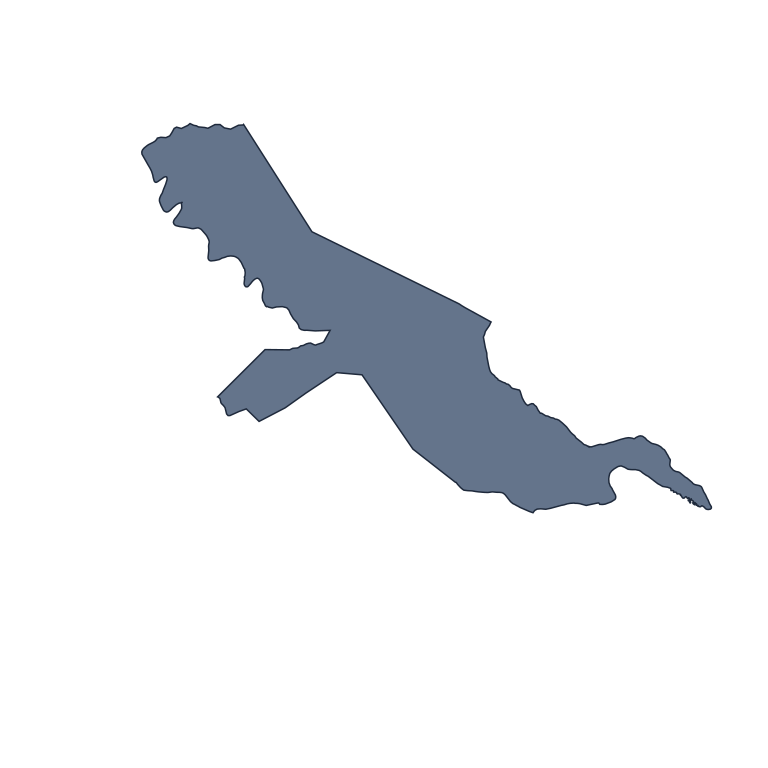 the district of Mamiku, Praslin, Saint Lucia, rotated 38°
{"feature_id": "8701671B59649153426200", "entity_name": "Mamiku", "entity_type": "district", "adm_level": 2, "iso_a3": "LCA", "parent_name": "Saint Lucia", "parent_adm1": "Praslin", "projection": "natural_earth1", "projection_center": [-60.895, 13.866], "detail": "fine", "context": "isolated", "style": "filled", "palette": "slate", "viewbox_px": 768, "rotation_deg": 38, "n_neighbors": 0, "source": "geoboundaries", "source_scale": "gbopen_adm2", "svg_char_len": 6092}
<svg xmlns="http://www.w3.org/2000/svg" viewBox="0 0 768 768"><g transform="rotate(38 384 384)"><path d="M394.0,274.6L233.5,308.4L113.5,265.9L113.5,266.6L110.0,269.7L106.2,277.6L100.5,280.5L95.1,280.5L91.1,283.6L87.8,290.9L84.9,292.2L79.4,295.7L77.3,296.0L74.8,297.3L70.8,298.2L70.2,301.0L67.0,307.4L62.4,309.3L61.3,311.8L62.1,316.6L62.4,320.4L60.5,324.1L56.2,327.0L54.0,329.8L54.2,330.8L54.2,332.4L54.0,333.8L53.3,335.7L51.1,340.3L50.6,341.8L49.7,345.7L49.6,348.0L49.8,349.0L50.3,350.3L51.8,351.9L63.2,356.6L67.0,358.1L69.9,359.5L73.1,361.7L74.9,363.3L77.9,365.5L78.9,365.8L79.4,365.8L80.2,365.5L80.6,364.9L81.1,363.9L83.4,356.2L84.5,354.9L85.3,354.7L85.8,355.0L86.8,355.9L87.4,357.0L88.9,360.9L90.4,366.2L91.8,370.4L91.9,372.1L92.5,374.6L93.1,376.3L94.3,378.0L95.7,379.0L98.5,380.7L102.8,382.7L103.9,383.0L105.2,382.9L106.6,382.5L107.6,381.5L108.0,380.8L108.6,378.6L109.0,375.2L110.0,370.4L111.1,367.8L112.1,366.6L112.7,366.3L113.1,364.6L113.1,366.4L114.5,367.7L115.5,368.9L116.4,370.1L116.8,371.4L117.4,375.5L117.6,380.1L117.5,383.0L117.8,384.7L118.4,386.2L119.8,387.2L121.8,387.5L122.8,387.2L126.1,385.7L132.6,381.9L137.2,379.7L138.4,378.7L140.8,375.9L141.6,375.3L144.3,374.7L146.0,374.9L151.7,376.0L153.4,376.5L156.4,377.9L158.3,379.1L159.3,380.4L159.9,381.8L160.9,383.4L163.8,386.8L167.3,392.4L168.3,393.5L169.5,394.0L170.2,394.1L171.1,393.9L171.9,393.5L174.6,390.9L177.6,387.3L178.9,384.4L180.5,382.3L181.9,379.9L184.3,377.5L186.8,375.9L188.5,375.2L191.6,374.8L193.0,375.0L196.7,376.1L202.4,379.0L203.3,379.1L206.1,381.7L207.8,384.3L208.1,385.7L209.2,386.6L211.4,390.2L212.2,391.3L213.6,392.2L215.0,392.5L216.0,392.0L216.5,391.5L216.8,390.9L217.1,387.3L217.1,384.1L217.4,382.1L217.8,380.6L218.4,379.4L219.1,378.6L219.8,378.3L221.2,378.2L223.6,378.9L225.7,379.8L230.3,383.2L231.0,384.0L232.6,387.5L233.6,389.1L235.0,391.0L236.1,392.0L237.0,392.8L240.2,394.2L242.5,395.4L243.9,395.4L244.2,394.8L246.0,394.4L249.2,392.9L251.9,389.4L256.3,385.6L260.4,383.8L263.5,384.3L267.2,386.3L272.3,388.3L276.9,389.0L280.1,390.1L282.8,392.1L285.3,392.1L288.1,390.8L290.2,389.1L297.1,384.5L308.5,374.9L310.6,388.0L309.6,390.1L306.8,394.2L306.2,395.4L304.8,396.1L301.0,396.9L299.5,398.3L298.1,400.2L296.7,403.3L294.9,405.2L294.2,407.8L293.6,408.9L290.1,412.1L288.6,415.2L269.1,430.1L260.8,496.6L261.5,496.4L263.6,496.4L267.1,499.2L268.7,499.6L270.7,499.8L273.3,500.5L278.4,504.5L280.5,504.9L282.0,503.8L286.7,494.9L290.8,488.4L308.6,490.4L320.8,463.6L328.0,439.4L339.7,404.2L361.0,390.3L446.9,417.5L500.8,417.5L501.5,417.1L503.9,417.8L508.1,418.5L510.5,418.6L512.3,418.5L515.5,416.6L519.2,414.0L522.4,412.3L524.9,410.8L529.8,407.6L532.7,405.5L535.8,402.3L539.4,400.0L541.8,398.2L543.8,397.0L545.4,396.6L547.7,396.7L556.1,398.8L559.1,398.9L561.4,398.4L563.6,398.1L564.8,397.8L567.2,397.5L577.2,394.9L580.7,393.7L580.6,392.1L580.7,390.6L581.7,388.3L584.3,385.9L588.6,383.1L591.7,379.5L598.6,370.3L600.2,368.5L602.2,365.6L604.1,363.5L607.2,360.7L607.9,360.5L610.0,358.9L612.1,357.7L618.1,355.2L624.8,347.2L626.2,345.7L626.7,345.6L628.2,346.0L630.7,344.1L632.3,342.4L635.6,337.0L637.1,332.8L636.8,331.3L636.0,330.1L634.7,329.0L629.1,326.6L628.1,326.0L626.2,325.4L625.2,325.2L622.0,323.2L619.5,320.4L618.2,318.2L617.0,315.5L616.9,312.5L617.6,309.3L619.0,305.5L619.4,304.7L620.4,303.5L621.4,302.5L624.9,301.5L628.5,301.0L629.0,300.8L630.7,299.8L632.3,298.7L634.8,296.7L638.3,295.0L640.3,294.7L642.7,294.8L647.0,294.5L648.8,294.1L661.1,294.0L664.0,293.5L666.6,293.2L671.0,290.8L673.7,289.9L674.1,289.8L674.6,290.1L675.2,290.8L675.8,291.2L677.5,290.0L677.8,289.9L678.8,290.9L679.5,290.4L679.9,289.9L680.8,289.7L681.1,289.4L681.4,289.4L681.8,289.8L682.4,290.1L682.8,290.1L683.4,289.4L684.3,288.9L685.4,288.5L685.7,288.5L686.0,289.1L686.3,289.2L686.7,289.0L688.6,289.7L689.7,289.9L690.4,289.5L690.7,289.2L690.9,288.5L690.9,287.8L691.3,286.9L691.9,286.8L693.7,287.4L693.9,287.2L694.0,286.2L694.4,286.0L694.9,286.1L695.5,286.9L695.7,287.5L695.4,288.1L695.4,288.4L695.6,288.6L695.9,288.6L696.8,288.0L697.1,288.1L697.4,288.9L698.3,289.3L698.6,289.2L698.7,288.9L698.7,288.7L697.6,287.7L696.5,286.4L696.7,285.6L696.8,285.4L697.9,286.0L698.3,286.1L699.4,285.8L700.1,286.2L700.3,287.2L701.1,288.0L703.0,288.0L703.2,287.8L703.0,287.1L702.7,286.9L701.7,286.7L701.5,286.3L702.1,286.0L702.5,286.0L703.0,286.5L703.7,286.6L703.8,286.1L704.1,286.1L704.8,287.2L705.5,286.8L706.0,287.0L706.1,286.4L706.3,286.4L706.9,286.8L707.3,286.8L708.7,286.2L709.1,285.6L709.3,284.5L709.6,284.2L710.2,284.0L711.7,283.9L714.4,284.3L715.8,283.9L717.0,283.1L718.3,281.6L718.4,280.5L718.3,280.1L717.9,279.6L717.4,279.1L714.5,278.0L710.6,275.8L709.5,275.4L705.5,273.3L702.5,272.2L698.2,269.9L697.3,269.6L696.4,269.6L695.0,269.9L691.1,271.8L689.4,272.2L688.1,272.1L687.7,271.9L681.6,271.6L680.6,271.6L678.8,271.9L671.5,271.7L670.1,272.1L667.7,273.3L665.2,273.8L663.3,273.5L660.9,273.0L660.3,272.7L659.5,272.2L658.7,271.4L656.4,267.6L655.5,267.1L654.1,266.7L651.4,265.4L650.3,265.0L649.8,264.9L648.4,264.2L645.8,263.3L645.3,263.2L643.7,263.4L640.8,263.1L637.7,263.5L635.5,264.2L631.7,265.9L630.2,266.1L625.6,266.3L623.3,265.8L619.9,266.0L618.3,266.8L617.7,267.3L617.0,268.1L615.6,270.8L615.1,272.7L614.8,273.0L614.2,273.5L613.1,273.8L611.6,274.6L609.7,275.8L607.7,277.9L604.7,281.8L600.1,288.6L597.4,292.1L594.8,296.0L593.7,297.1L591.7,298.3L590.5,299.6L586.3,305.7L585.0,306.7L583.2,307.3L583.5,307.5L581.0,307.8L578.8,308.6L575.4,308.3L568.7,308.3L566.0,307.4L563.3,307.4L560.7,307.1L554.2,305.4L548.4,304.9L544.1,304.8L541.9,305.4L540.7,306.2L538.5,306.5L536.1,307.8L532.9,308.4L531.0,309.5L526.2,310.0L525.2,310.8L521.5,309.7L517.9,308.0L515.9,308.0L513.8,307.7L512.5,308.5L511.3,310.5L510.6,312.4L507.9,312.4L505.1,311.5L501.4,309.8L495.9,306.0L494.5,305.4L487.9,308.4L486.2,308.4L484.1,307.8L481.9,307.8L480.5,308.6L478.8,308.6L476.6,309.4L471.3,310.5L470.6,310.0L466.9,309.9L466.0,309.4L462.6,309.4L460.4,308.8L458.5,307.7L455.6,305.5L448.6,299.4L445.9,296.3L441.5,293.0L433.4,285.8L432.7,283.0L431.5,280.2L431.0,272.8L430.4,270.5L430.2,269.2L401.1,273.9L397.1,274.4L394.0,274.6Z" fill="#64748b" stroke="#1e293b" stroke-width="1.5"/></g></svg>